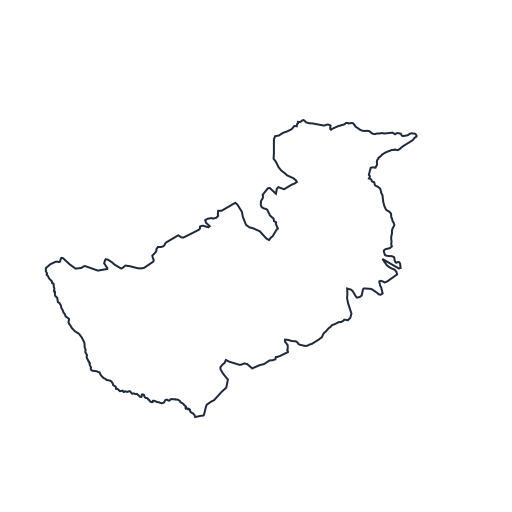 Sandoa, Katanga, Democratic Republic of the Congo (orthographic projection), rotated 327°
{"feature_id": "63176286B26674316015082", "entity_name": "Sandoa", "entity_type": "district", "adm_level": 2, "iso_a3": "COD", "parent_name": "Democratic Republic of the Congo", "parent_adm1": "Katanga", "projection": "orthographic", "projection_center": [23.072, -9.383], "detail": "fine", "context": "isolated", "style": "outline", "palette": "slate", "viewbox_px": 512, "rotation_deg": 327, "n_neighbors": 0, "source": "geoboundaries", "source_scale": "gbopen_adm2", "svg_char_len": 6052}
<svg xmlns="http://www.w3.org/2000/svg" viewBox="0 0 512 512"><g transform="rotate(327 256 256)"><path d="M375.1,322.0L376.0,319.4L377.4,318.0L379.0,314.7L380.0,313.4L382.5,310.9L383.6,309.1L385.1,307.6L388.6,305.6L389.1,305.0L389.6,302.6L389.5,301.2L390.5,298.6L390.4,297.5L392.3,294.0L392.0,291.5L390.6,288.9L390.3,287.6L390.8,284.2L392.2,279.9L395.2,273.8L395.4,270.9L395.9,270.3L396.8,267.1L396.1,264.7L394.4,261.8L394.4,261.1L395.3,258.4L394.1,257.0L393.9,256.3L394.3,254.7L393.6,253.1L393.0,252.5L394.7,251.6L395.0,251.0L394.8,249.5L395.2,249.1L400.2,244.5L401.6,244.9L403.4,246.1L403.9,246.9L404.5,247.0L404.9,246.5L407.1,245.5L409.0,242.3L409.7,241.7L410.5,241.3L411.4,241.2L412.1,240.4L415.6,240.1L416.7,239.6L421.0,239.7L427.9,241.1L429.5,242.3L430.6,242.3L431.4,243.5L432.7,244.5L435.5,244.5L436.5,244.2L439.9,244.0L450.8,244.2L453.0,243.3L455.6,243.2L456.1,242.8L456.3,240.8L455.5,239.5L454.8,239.1L453.3,237.8L451.3,237.2L449.7,237.4L448.3,237.1L445.0,235.7L443.9,234.6L444.0,232.2L441.7,230.0L440.7,229.6L439.0,229.7L437.6,226.9L430.4,223.2L428.4,221.3L427.2,221.0L424.0,219.1L422.0,218.5L420.2,216.7L419.0,213.0L417.6,211.7L414.7,210.0L413.1,208.5L412.0,206.7L409.8,201.3L410.1,200.2L409.7,199.0L409.9,197.9L409.0,196.7L405.8,195.3L405.5,194.5L404.1,193.5L401.4,193.7L398.9,192.7L397.5,192.6L396.4,192.0L394.8,191.7L388.9,190.8L387.7,191.0L387.5,190.2L387.9,189.0L389.5,187.4L388.9,185.9L388.0,185.0L386.4,184.2L384.2,183.8L375.6,175.6L373.0,173.7L370.8,171.2L370.3,168.8L369.7,167.7L369.1,167.5L366.4,167.7L365.4,167.4L364.3,166.4L364.0,167.2L363.5,167.6L362.5,167.6L360.8,169.4L359.0,167.8L355.1,169.0L353.2,168.9L350.2,168.5L345.5,167.4L340.7,167.4L337.3,165.9L334.5,168.0L326.9,179.7L323.7,184.0L324.0,188.0L323.3,193.5L323.7,197.9L325.6,203.4L325.9,205.1L329.7,211.1L330.7,214.4L330.6,216.2L327.7,216.2L324.9,215.6L315.9,215.3L312.2,210.4L310.1,211.0L306.6,214.6L304.6,206.5L302.9,205.7L294.8,208.3L294.5,209.5L293.8,210.6L293.0,211.3L290.5,212.4L289.6,213.2L287.7,216.0L287.4,218.0L287.9,219.3L288.5,220.4L290.1,222.1L290.6,223.3L289.8,229.8L291.1,234.2L290.1,236.6L291.2,238.7L290.1,239.9L289.3,244.9L287.7,245.1L280.7,248.5L278.4,248.7L275.6,249.7L274.2,246.9L272.6,237.3L268.6,231.1L266.1,228.4L264.6,224.4L266.3,215.9L268.2,211.5L268.4,202.9L267.6,200.1L251.8,199.3L248.9,197.5L246.5,200.5L246.2,201.7L243.4,202.3L240.3,201.2L239.4,200.0L235.7,198.4L232.9,198.3L232.2,200.8L233.4,205.8L231.7,206.0L228.0,201.7L226.5,201.0L225.0,200.8L224.1,202.4L222.6,202.9L207.5,201.3L205.2,201.0L203.5,199.7L202.1,196.3L188.2,195.7L186.8,196.0L184.8,197.2L183.3,197.2L181.5,196.9L178.6,195.0L176.2,196.0L175.4,197.3L173.7,198.2L169.3,199.2L168.4,201.3L168.3,202.7L167.8,204.0L166.7,204.8L155.7,205.0L153.8,204.3L150.6,202.3L144.3,195.5L141.2,192.9L137.5,193.3L136.0,193.0L132.7,186.2L131.8,183.0L129.9,178.6L128.3,176.9L127.1,177.3L124.7,179.4L124.7,185.2L124.2,185.9L115.4,182.1L108.5,173.1L107.3,171.5L106.3,170.9L103.0,170.9L97.8,168.3L95.2,161.6L93.0,152.8L92.0,151.7L91.3,151.6L88.7,153.9L87.4,153.8L86.1,152.4L84.8,151.7L79.2,150.9L73.1,151.7L71.4,154.5L71.3,156.7L70.2,157.7L70.6,159.2L70.3,162.3L71.0,166.1L70.3,167.8L71.1,168.7L71.1,169.1L69.7,171.5L69.1,173.6L67.4,175.4L67.4,176.0L67.9,176.0L67.9,176.5L66.3,178.9L65.9,180.1L66.5,182.9L64.7,186.8L65.5,188.2L65.5,190.9L64.5,193.4L64.5,195.1L63.8,198.8L64.0,201.1L63.4,202.8L64.9,206.7L64.6,207.4L62.7,209.3L62.3,211.2L62.5,212.9L62.3,216.0L63.1,220.4L65.2,225.0L65.5,229.7L64.9,234.8L64.6,235.8L62.5,239.4L62.1,241.6L60.5,243.7L60.3,247.1L59.1,248.3L58.5,249.7L58.5,251.7L58.1,252.6L58.5,253.6L58.0,254.8L58.3,255.5L57.7,255.8L57.3,256.6L56.9,259.6L56.1,260.3L55.7,261.6L56.2,263.0L59.7,266.0L60.3,267.1L61.4,268.3L60.9,271.6L61.7,275.4L62.7,276.9L63.2,278.7L65.8,281.1L66.3,282.2L66.5,284.5L65.9,286.7L67.0,288.7L67.1,289.3L66.3,291.2L67.5,292.0L68.2,295.2L70.9,296.4L70.8,297.7L71.1,298.2L72.6,298.2L73.9,299.8L76.2,300.4L76.7,300.9L77.0,303.8L77.4,304.2L78.6,304.6L79.6,306.1L81.0,306.8L82.2,311.1L82.8,311.6L83.4,311.7L84.8,310.1L85.3,310.1L86.4,311.3L85.8,313.7L86.2,314.9L87.5,316.1L87.5,317.9L88.0,318.6L88.0,320.5L89.0,321.8L89.7,322.2L90.6,321.3L91.1,321.4L92.2,322.5L93.4,324.5L95.0,325.9L96.4,328.0L98.7,328.8L101.5,327.5L102.4,327.7L103.3,328.2L103.7,329.5L104.2,329.9L105.1,330.1L106.2,329.7L107.0,329.8L109.5,331.8L110.2,332.0L110.5,332.8L111.6,333.3L112.4,334.3L113.2,336.1L113.0,337.3L114.5,340.4L114.6,342.0L115.2,344.0L115.1,344.6L114.1,345.0L114.0,346.0L115.5,346.6L115.5,347.6L115.7,347.8L116.5,347.6L116.8,348.5L116.9,349.1L116.3,349.7L116.4,350.7L116.1,351.3L117.4,353.7L117.8,356.0L117.2,357.9L123.2,360.2L124.8,361.1L125.7,361.0L132.1,355.0L133.7,353.9L139.1,353.7L142.4,354.1L153.2,351.2L159.4,350.2L165.1,344.4L164.3,336.8L164.5,331.9L165.5,329.9L169.4,328.7L171.4,328.6L174.1,326.8L176.0,330.1L182.9,338.3L184.2,339.0L187.6,339.7L189.7,341.7L191.6,348.2L199.9,349.6L203.7,351.0L210.5,351.0L213.0,352.4L216.0,353.2L217.6,351.5L219.0,352.3L221.6,352.9L230.4,354.0L231.0,353.1L230.9,352.0L232.4,350.7L234.0,348.0L233.7,343.8L234.8,342.0L237.1,343.7L239.9,347.0L242.9,349.2L243.5,350.4L243.8,353.2L244.4,354.3L247.6,357.6L248.7,358.5L250.6,359.3L253.2,359.5L254.8,360.1L262.8,360.3L267.2,359.9L270.1,358.0L271.2,357.5L273.3,357.4L277.8,356.1L279.6,356.1L282.1,355.4L284.6,356.0L289.3,356.5L291.4,357.7L294.1,357.9L295.2,357.5L296.0,357.9L298.0,359.9L301.3,359.3L304.7,356.2L307.6,345.5L309.5,340.8L312.1,337.4L314.7,332.9L317.4,336.0L318.0,338.3L317.7,343.6L318.0,345.9L320.6,346.9L323.1,346.7L327.2,342.6L328.1,342.0L329.1,342.1L334.4,346.1L335.2,347.3L337.6,353.1L338.0,354.9L339.2,356.3L341.8,356.4L343.8,350.7L344.0,348.4L345.5,344.5L347.0,344.7L348.5,346.4L349.4,348.2L352.1,348.8L364.3,348.3L365.1,346.1L364.9,343.2L362.2,339.1L360.7,335.3L360.4,327.3L369.0,344.3L370.7,344.8L372.7,340.9L372.7,339.4L372.4,338.8L371.7,338.3L370.1,338.1L369.6,337.5L369.9,335.2L371.2,332.2L369.8,330.1L366.6,327.8L364.9,326.0L364.7,325.4L365.6,321.9L366.2,321.2L367.1,320.8L368.6,320.9L372.5,322.3L375.1,322.0Z" fill="none" stroke="#1e293b" stroke-width="2"/></g></svg>